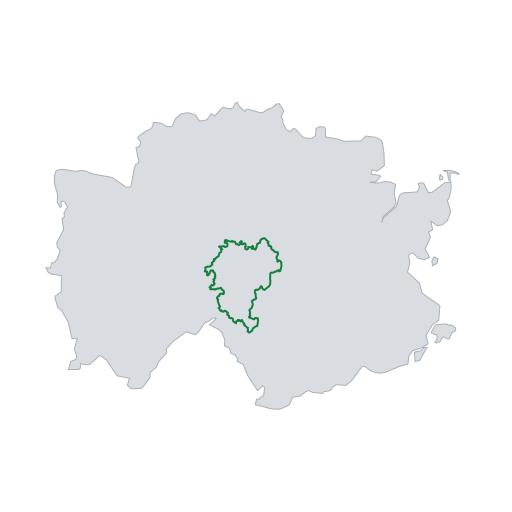 Germany, with Thüringen highlighted, rotated 84°
{"feature_id": "DEU-1577", "entity_name": "Thüringen", "entity_type": "State", "adm_level": 1, "iso_a3": "DEU", "parent_name": "Germany", "parent_adm1": "", "projection": "albers", "projection_center": [10.909, 50.922], "detail": "fine", "context": "in_parent", "style": "outline", "palette": "green", "viewbox_px": 512, "rotation_deg": 84, "n_neighbors": 0, "source": "natural_earth", "source_scale": "10m", "svg_char_len": 9649}
<svg xmlns="http://www.w3.org/2000/svg" viewBox="0 0 512 512"><g transform="rotate(84 256 256)"><path d="M221.8,452.7L209.5,444.5L198.5,445.0L196.8,442.4L193.1,442.5L187.5,438.3L182.5,440.5L181.2,442.8L181.5,444.2L186.6,444.5L187.2,445.7L182.0,448.0L173.6,446.9L163.6,448.8L155.3,448.2L150.6,446.0L149.4,442.3L150.0,436.9L152.3,429.9L153.1,424.7L152.4,421.4L153.8,416.4L157.3,409.9L162.8,391.0L174.1,377.9L174.1,373.2L155.7,367.7L152.8,366.2L150.3,362.6L135.6,364.0L134.6,360.3L130.7,358.6L126.5,361.2L125.1,360.8L120.0,351.9L118.8,347.8L116.3,345.1L112.3,344.3L114.0,336.5L118.1,330.9L118.4,326.0L110.7,321.5L106.9,315.8L106.3,309.2L109.1,301.9L115.9,297.9L115.5,290.5L110.2,286.3L109.9,285.1L112.4,282.5L104.7,273.7L107.1,265.5L105.9,263.0L102.2,260.9L101.1,258.3L103.9,257.9L110.7,252.6L111.0,251.7L109.2,250.7L109.2,248.4L114.1,236.5L114.0,234.4L111.0,228.2L111.1,226.1L106.8,219.1L107.0,216.9L114.5,213.2L120.6,216.6L123.0,215.0L126.1,215.4L133.7,212.7L135.9,209.1L133.2,205.9L133.7,203.6L142.4,197.3L144.0,194.1L144.8,188.0L143.8,185.9L142.8,184.4L135.6,183.0L134.0,179.3L134.9,174.6L136.1,173.8L144.8,174.3L148.9,160.9L151.1,156.7L152.6,139.7L148.2,134.4L150.4,124.8L153.9,119.7L156.5,118.4L167.5,118.0L179.6,118.9L184.4,127.0L182.3,131.0L185.2,133.0L186.7,132.4L188.7,125.0L189.8,123.8L194.7,128.9L194.6,135.4L196.3,126.7L195.5,120.5L196.4,114.6L199.4,109.7L208.2,112.0L218.1,111.2L221.7,113.6L229.9,125.2L236.2,127.8L231.4,125.2L221.4,111.1L210.9,107.2L208.6,103.2L209.1,89.2L205.2,86.2L200.9,87.1L200.4,83.9L201.2,81.6L210.8,78.1L211.1,74.3L202.9,60.4L202.7,54.4L209.9,54.9L218.7,58.0L220.8,60.0L232.1,57.7L240.6,61.8L244.6,67.6L244.7,72.6L239.6,78.4L248.3,77.6L250.4,81.9L255.1,80.4L266.7,87.0L275.6,83.6L277.2,88.9L275.5,94.3L269.2,100.0L270.6,103.5L272.6,104.3L278.5,103.6L287.9,107.0L300.4,96.1L310.3,94.7L324.6,78.3L339.0,81.0L342.9,87.8L352.6,95.1L361.4,94.1L364.7,101.2L366.5,110.1L371.7,114.5L379.3,116.2L381.0,125.5L385.4,140.0L385.5,144.5L384.4,149.6L382.1,154.0L377.3,159.3L377.1,162.2L390.3,174.2L394.1,180.3L392.4,189.5L394.6,193.8L396.8,195.2L397.8,197.4L398.0,202.7L399.7,204.1L397.6,213.8L395.3,217.8L396.3,221.1L399.9,226.8L400.3,234.2L407.6,238.6L410.9,248.3L409.6,256.9L403.7,272.2L398.4,270.4L398.6,267.2L397.6,267.0L395.7,263.1L387.9,261.1L385.9,263.1L390.0,268.5L374.3,276.6L362.7,280.1L358.8,285.8L356.7,284.8L352.1,287.4L350.2,291.0L344.6,292.2L342.2,296.8L336.1,295.7L328.7,297.9L325.4,300.3L319.6,309.5L314.5,302.6L313.3,302.6L313.0,304.9L316.0,309.9L317.2,314.1L326.1,321.6L328.0,324.7L324.0,333.2L332.7,348.1L339.3,355.0L342.9,354.9L351.0,363.9L356.4,367.0L360.6,373.4L365.8,374.1L374.0,381.6L375.7,384.2L375.0,393.9L371.2,397.5L364.3,394.6L360.7,406.6L343.9,415.6L339.1,420.9L339.1,422.6L346.3,432.4L346.5,436.9L344.6,441.5L349.5,442.6L350.3,445.0L349.2,454.5L341.6,451.3L340.1,446.1L336.9,444.6L329.6,446.5L319.6,442.3L318.8,447.6L301.7,449.8L290.0,455.1L286.5,458.5L277.2,460.2L274.9,459.9L271.0,453.4L255.2,451.6L252.6,461.6L250.5,464.4L245.7,466.2L246.4,461.7L241.5,460.0L241.3,457.0L238.1,454.0L230.0,450.1L226.4,452.7L221.8,452.7ZM360.4,81.8L361.3,85.4L360.6,87.2L356.9,84.3L353.4,84.5L351.4,89.3L349.8,89.5L344.2,85.4L343.2,83.3L343.4,73.7L345.0,71.5L345.2,68.5L348.1,65.3L350.8,65.1L353.1,69.5L358.4,72.3L358.9,73.6L356.2,77.6L357.0,79.6L360.4,81.8ZM377.2,104.4L377.5,108.7L368.3,108.6L367.5,105.4L367.9,102.3L364.8,99.0L364.7,95.4L377.2,104.4ZM192.6,57.0L190.5,61.3L191.1,53.7L194.8,45.8L196.2,46.0L194.2,49.6L193.7,54.3L201.4,55.0L200.5,56.4L192.6,57.0ZM284.1,81.5L279.2,81.6L275.5,79.0L277.8,75.3L282.5,77.0L284.1,81.5ZM199.8,64.6L198.6,65.8L194.0,64.3L197.5,61.9L199.4,62.6L199.8,64.6Z" fill="#d9dde1" stroke="#a8b0b8" stroke-width="1"/><path d="M240.0,249.2L239.8,249.0L239.8,248.5L239.7,247.7L239.3,247.2L239.1,246.3L239.1,246.1L239.4,245.5L241.7,243.6L242.1,243.1L242.8,242.7L243.1,242.3L244.1,243.0L244.2,242.9L244.6,242.4L245.1,242.3L246.8,242.4L246.7,241.9L247.5,241.4L247.9,240.8L247.8,240.4L247.9,240.2L248.1,239.9L248.8,239.8L249.1,240.3L249.6,240.3L251.6,239.2L251.9,238.3L253.1,237.6L253.3,237.2L253.8,236.8L254.0,236.5L254.6,234.9L254.4,234.3L254.4,234.1L256.0,233.8L256.3,233.9L257.9,234.7L259.1,235.7L260.5,235.7L262.6,234.8L262.8,234.9L263.5,235.5L263.7,235.3L263.8,234.6L262.9,233.4L263.0,233.0L263.6,232.3L265.2,231.4L265.8,231.7L268.8,231.7L270.3,232.5L271.3,232.5L271.7,232.9L272.8,233.4L273.3,233.4L273.5,233.7L273.7,234.2L273.7,234.7L273.6,234.8L273.3,234.9L272.7,234.7L272.4,235.0L272.4,235.3L272.9,236.7L273.6,237.6L273.5,238.8L274.1,240.0L274.4,240.6L274.2,241.8L274.2,242.7L274.4,243.2L275.3,243.7L280.5,244.4L282.0,244.3L285.1,244.8L286.0,245.1L287.7,246.5L288.7,248.2L290.6,251.1L290.3,251.7L289.6,252.6L288.8,253.1L287.1,253.4L286.6,254.1L287.0,254.7L287.8,255.2L288.5,255.5L288.9,255.9L289.6,257.1L289.8,258.0L289.9,258.8L289.5,259.1L289.7,260.1L290.1,260.6L290.6,260.8L292.5,260.9L293.5,260.3L295.1,260.5L296.6,260.5L298.0,260.2L298.9,260.9L299.0,261.1L299.0,262.2L299.3,262.7L299.4,263.1L299.8,263.7L300.0,264.4L300.5,264.8L301.2,264.6L304.2,264.3L304.6,264.4L305.3,264.9L307.0,265.6L307.5,266.1L307.7,266.7L308.0,267.1L309.1,267.7L309.2,268.2L309.3,268.2L311.7,267.8L313.7,268.4L314.6,267.9L315.7,268.8L315.9,269.3L316.2,269.3L316.8,268.8L316.7,268.3L316.8,267.9L317.9,266.3L318.7,264.8L318.7,264.5L318.5,264.1L318.2,263.8L317.7,263.6L317.6,263.4L317.7,262.3L318.3,261.3L318.2,260.8L320.4,260.6L325.7,262.1L326.0,263.7L327.1,265.5L327.4,266.3L327.9,266.7L329.8,267.7L330.7,269.0L331.4,270.5L331.4,270.9L330.9,271.2L330.2,272.1L329.8,271.7L329.2,271.9L328.1,271.7L327.4,271.8L326.7,271.6L326.6,272.1L325.2,273.0L324.5,273.8L323.9,274.7L323.7,274.8L323.7,274.6L323.3,274.5L322.1,274.7L320.8,275.8L318.3,276.6L318.3,277.1L318.7,277.6L319.3,277.8L319.4,278.1L318.9,278.8L318.4,278.9L318.0,279.3L317.8,279.9L317.8,280.4L318.4,280.3L318.7,280.6L318.8,280.7L318.6,281.5L318.9,282.2L319.1,282.6L319.5,282.8L320.3,282.8L320.6,282.9L319.9,284.1L319.5,284.6L318.3,285.5L316.0,285.6L315.1,286.8L315.2,287.9L314.9,288.7L314.7,289.0L313.7,289.3L313.0,289.0L312.5,289.1L311.7,290.4L311.4,290.7L310.8,290.7L310.3,290.1L310.1,290.0L309.7,289.9L309.3,290.0L308.6,291.0L307.8,291.6L307.3,292.7L307.2,292.9L307.3,293.3L307.8,293.7L307.9,294.1L308.0,294.5L307.6,295.0L307.5,295.6L306.7,296.0L306.3,296.3L306.3,296.7L306.6,297.1L305.4,297.8L303.8,298.4L303.7,297.9L303.1,297.6L302.8,297.2L302.4,297.2L301.6,297.4L301.5,297.6L300.9,297.8L296.8,298.7L295.8,298.3L295.0,298.3L294.6,299.0L293.5,299.2L292.2,298.2L292.0,296.9L291.8,296.6L291.4,296.5L291.0,296.6L290.2,295.9L289.9,295.8L289.8,295.3L289.9,293.5L290.4,293.1L290.5,292.8L290.1,292.0L289.5,291.8L287.3,291.7L287.0,292.1L286.6,292.3L286.3,293.1L285.6,293.6L284.9,293.7L284.0,294.2L284.2,295.1L284.2,295.5L284.5,296.6L284.3,297.9L284.5,298.3L284.6,298.9L285.0,299.5L285.1,300.3L285.0,300.5L284.7,300.6L284.8,301.3L284.4,302.4L284.6,303.2L284.2,304.1L284.3,304.7L284.2,304.9L283.9,305.0L283.1,304.7L282.6,304.3L282.4,304.4L282.1,305.1L280.4,303.5L280.1,303.0L280.8,302.3L280.8,302.0L280.2,300.8L279.6,300.6L279.4,300.1L278.8,300.1L278.4,300.6L277.2,301.0L276.9,300.9L276.7,300.6L276.3,300.2L275.4,300.1L275.2,300.2L275.2,300.7L275.0,300.8L274.7,300.6L273.5,298.8L273.0,298.8L271.9,299.1L271.4,298.6L271.1,298.5L270.6,298.7L269.8,298.6L268.9,299.1L268.2,298.9L267.9,299.2L267.1,300.4L266.9,300.5L266.2,300.2L265.9,300.4L265.7,300.7L265.6,302.3L265.9,302.7L266.8,303.2L267.5,303.9L268.5,304.0L268.8,304.6L269.0,304.8L270.0,305.2L270.2,305.8L270.1,306.4L269.9,306.7L269.6,306.7L268.5,306.3L267.1,306.6L266.4,306.4L266.2,306.6L266.0,308.4L265.8,308.5L264.6,307.8L263.8,307.6L262.2,307.6L261.8,307.0L261.8,306.7L261.9,306.4L261.9,306.2L261.5,305.3L261.4,305.1L261.7,303.9L261.4,302.1L260.5,301.4L260.0,300.3L259.5,300.4L259.1,300.7L258.1,300.6L258.0,300.0L257.1,299.2L256.8,298.8L256.5,298.1L255.7,298.4L255.0,298.3L254.7,298.1L254.5,297.6L254.8,297.2L254.8,296.8L253.9,296.1L253.3,295.3L252.8,294.9L252.7,294.6L252.7,293.9L252.5,293.4L252.4,293.3L249.1,292.0L248.6,290.7L247.9,290.0L245.9,290.1L245.6,290.0L245.5,289.2L244.9,289.6L243.0,291.7L242.8,291.7L242.7,291.5L242.7,291.2L243.1,289.6L242.8,288.8L242.9,287.5L242.8,286.9L243.2,286.3L243.4,286.2L243.7,286.2L243.8,286.0L243.7,284.8L243.4,283.8L243.2,283.5L241.2,283.1L240.2,283.6L239.6,283.8L239.4,284.0L239.4,284.3L239.9,285.0L239.6,285.5L239.4,285.7L239.0,285.6L238.0,285.1L237.3,285.3L237.1,285.1L237.1,284.0L237.2,283.5L237.6,282.8L238.0,282.5L238.3,282.1L238.3,281.5L239.0,280.0L239.1,279.0L238.6,278.3L238.8,277.8L239.2,277.6L239.4,277.7L239.5,277.6L239.4,276.5L239.6,275.8L239.6,275.5L239.9,275.3L240.4,275.1L241.1,275.0L242.1,274.6L242.2,274.4L242.3,273.9L242.2,273.5L242.3,273.2L243.3,271.9L242.9,271.4L242.5,270.5L241.7,269.9L241.2,270.0L240.7,270.6L240.4,270.2L240.4,269.6L240.4,269.4L240.0,269.6L239.8,269.5L239.8,269.4L239.8,268.9L239.9,268.7L240.3,268.6L240.7,268.9L241.9,269.0L242.8,268.8L243.0,268.4L242.9,267.7L242.6,267.1L242.3,266.9L242.2,266.6L242.3,265.8L243.2,265.2L244.6,265.2L245.0,265.3L245.6,265.2L245.7,265.3L245.6,265.7L246.0,265.9L247.9,265.8L248.6,264.5L248.6,264.4L248.4,264.0L248.0,263.2L247.3,263.1L246.9,262.8L246.3,262.7L246.5,261.3L246.7,260.8L247.1,260.1L247.3,259.4L246.3,259.1L246.1,258.6L245.8,258.3L246.1,258.0L246.9,257.8L247.4,257.8L247.8,258.4L247.8,258.8L248.1,259.1L248.2,259.4L248.3,259.4L248.4,259.2L248.6,257.5L248.8,257.0L249.3,256.4L249.5,256.0L249.4,255.7L248.2,255.2L247.4,254.5L246.6,254.5L246.1,254.2L245.4,254.0L244.2,253.5L244.1,253.3L244.0,252.5L243.4,252.0L243.3,251.7L243.3,251.4L243.5,251.0L243.3,250.7L241.7,250.2L241.1,250.2L240.7,249.9L240.5,249.4L240.0,249.2Z" fill="none" stroke="#15803d" stroke-width="2"/></g></svg>